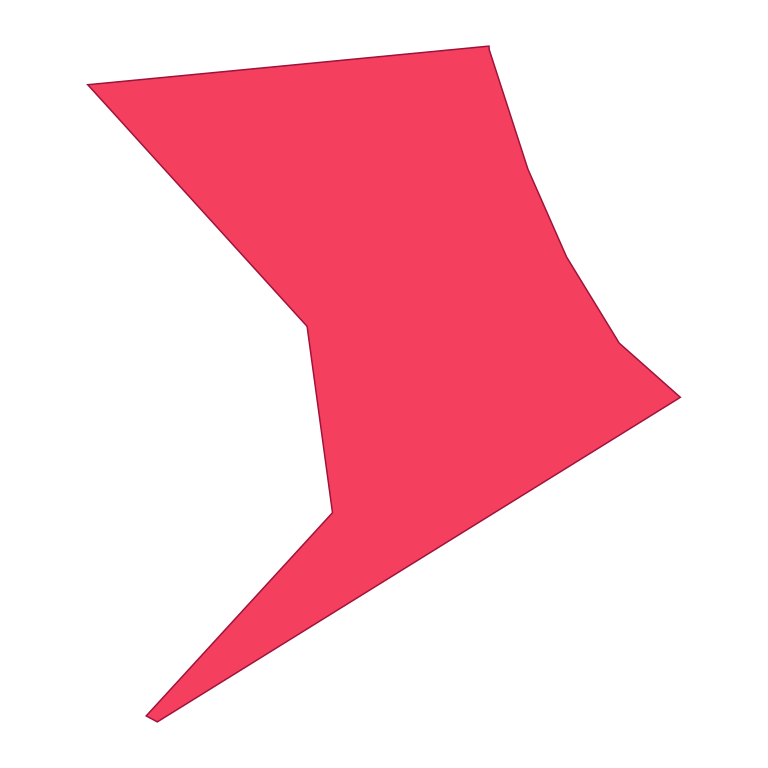 39, Ar Rayyān, Qatar (Albers equal-area conic projection)
{"feature_id": "91078587B48537873933910", "entity_name": "39", "entity_type": "district", "adm_level": 2, "iso_a3": "QAT", "parent_name": "Qatar", "parent_adm1": "Ar Rayyān", "projection": "albers", "projection_center": [51.5, 25.27], "detail": "fine", "context": "isolated", "style": "filled", "palette": "rose", "viewbox_px": 768, "rotation_deg": 0, "n_neighbors": 0, "source": "geoboundaries", "source_scale": "gbopen_adm2", "svg_char_len": 356}
<svg xmlns="http://www.w3.org/2000/svg" viewBox="0 0 768 768"><path d="M139.7,142.0L307.1,326.4L332.5,512.7L146.2,715.9L150.2,718.1L157.3,721.9L338.7,609.3L679.1,398.1L679.9,397.5L680.3,397.3L619.3,343.2L582.3,282.7L566.6,257.0L527.9,169.1L489.2,49.6L489.0,46.1L87.7,84.7L119.9,120.1L139.7,142.0Z" fill="#f43f5e" stroke="#9f1239" stroke-width="1.5"/></svg>